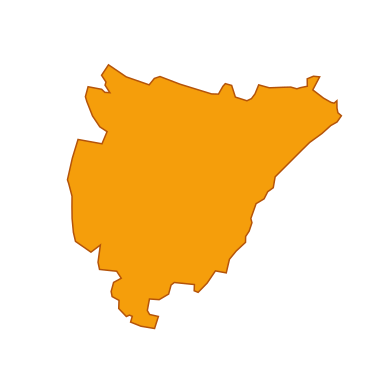 Pastdargom, Samarkand, Uzbekistan (Albers equal-area conic projection), rotated 104°
{"feature_id": "79887680B34073464647672", "entity_name": "Pastdargom", "entity_type": "district", "adm_level": 2, "iso_a3": "UZB", "parent_name": "Uzbekistan", "parent_adm1": "Samarkand", "projection": "albers", "projection_center": [66.66, 39.68], "detail": "fine", "context": "isolated", "style": "filled", "palette": "amber", "viewbox_px": 384, "rotation_deg": 104, "n_neighbors": 0, "source": "geoboundaries", "source_scale": "gbopen_adm2", "svg_char_len": 1382}
<svg xmlns="http://www.w3.org/2000/svg" viewBox="0 0 384 384"><g transform="rotate(104 192 192)"><path d="M268.1,293.1L274.8,275.5L265.6,268.1L282.9,266.2L289.5,263.0L288.3,254.4L287.1,245.9L292.8,239.8L298.7,246.2L308.1,246.4L312.8,244.2L314.8,236.6L322.8,234.9L328.7,225.6L326.6,222.9L327.1,219.9L333.1,220.1L334.6,209.1L333.5,195.3L320.9,194.5L321.1,203.5L317.8,206.7L306.1,207.4L304.4,197.8L296.7,190.0L287.3,189.8L284.1,187.3L281.2,167.3L287.3,166.0L287.9,161.8L276.8,155.3L262.9,150.2L262.2,139.2L248.2,139.4L238.5,134.8L227.9,127.9L222.2,129.2L216.2,127.1L207.3,126.4L203.5,128.5L187.8,127.0L181.2,120.4L173.4,118.6L168.2,114.2L157.2,115.0L125.2,95.8L115.4,89.8L103.7,80.0L93.9,73.4L89.0,68.2L81.9,65.5L79.8,69.6L75.6,71.6L68.4,73.5L71.4,75.6L71.4,78.8L69.1,87.1L63.7,99.5L49.4,96.0L50.3,102.2L54.3,107.6L61.5,105.7L64.5,112.0L66.5,115.2L66.3,121.5L68.3,128.8L72.2,142.2L71.9,153.2L81.6,154.6L87.0,156.9L90.2,160.8L89.4,172.9L79.0,179.3L78.8,185.9L82.0,187.6L90.6,190.0L92.1,196.7L90.3,229.6L87.7,251.0L90.9,256.0L98.4,259.5L96.2,283.7L88.8,303.8L100.6,308.0L106.1,302.1L109.4,302.2L115.5,295.7L116.4,300.7L114.2,304.5L115.0,318.3L125.3,318.5L129.7,315.9L142.3,306.9L151.1,297.2L154.0,289.0L167.0,291.0L168.6,315.3L188.1,316.3L210.3,315.8L213.6,313.7L225.1,307.4L235.4,304.9L246.8,301.9L259.9,297.3L268.1,293.1Z" fill="#f59e0b" stroke="#b45309" stroke-width="1.5"/></g></svg>